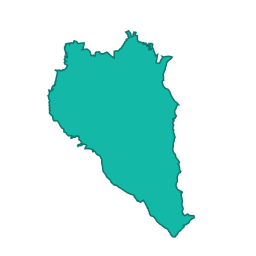 Stoilesti, Vâlcea, Romania, rotated 104°
{"feature_id": "2599482B98117810707628", "entity_name": "Stoilesti", "entity_type": "district", "adm_level": 2, "iso_a3": "ROU", "parent_name": "Romania", "parent_adm1": "Vâlcea", "projection": "mercator", "projection_center": [24.361, 44.917], "detail": "fine", "context": "isolated", "style": "filled", "palette": "teal", "viewbox_px": 256, "rotation_deg": 104, "n_neighbors": 0, "source": "geoboundaries", "source_scale": "gbopen_adm2", "svg_char_len": 5809}
<svg xmlns="http://www.w3.org/2000/svg" viewBox="0 0 256 256"><g transform="rotate(104 128 128)"><path d="M158.6,155.7L158.8,154.3L160.4,152.8L161.5,151.2L161.5,149.3L162.0,148.3L163.9,146.9L164.7,145.9L168.5,145.0L171.1,143.6L175.9,141.8L178.6,138.3L180.5,137.0L182.4,133.6L182.7,132.6L184.6,131.4L186.6,127.9L186.6,126.5L186.3,125.2L187.9,122.2L188.1,120.8L190.8,113.4L191.6,109.4L191.7,106.5L192.0,105.6L192.3,105.2L193.3,105.3L194.1,103.8L196.6,101.3L196.6,100.8L195.9,100.3L196.8,99.3L196.7,98.7L196.9,97.7L194.3,95.6L195.7,94.4L196.2,93.4L198.0,92.3L199.1,91.0L201.1,89.7L201.2,89.4L201.0,88.9L203.2,88.1L204.5,86.7L205.8,86.5L207.4,85.0L207.7,83.8L207.5,83.4L208.1,81.0L208.9,80.3L209.8,78.9L210.9,78.3L212.0,76.7L213.7,73.4L214.1,71.7L214.8,70.8L214.8,70.2L215.9,68.4L216.2,66.1L216.5,65.1L218.2,63.5L219.8,61.5L220.9,60.9L222.5,58.7L222.7,57.9L222.2,55.8L220.3,55.3L219.1,54.3L218.5,54.4L216.3,53.6L214.5,52.1L212.1,51.1L211.0,49.9L209.4,49.7L209.1,50.4L207.8,48.5L205.9,46.6L205.0,45.9L203.7,46.0L201.6,44.6L200.4,43.8L200.0,43.0L199.0,42.0L197.2,42.9L198.2,47.8L197.3,48.2L197.1,49.6L199.3,51.5L198.8,53.0L198.4,53.2L198.4,54.0L197.9,53.9L195.9,55.2L193.4,54.9L192.1,55.3L191.9,55.9L191.1,56.1L189.6,57.3L185.9,57.4L180.4,60.1L178.1,60.6L177.7,60.4L177.6,59.7L177.2,59.7L176.8,60.4L177.0,61.0L176.7,61.2L177.0,61.8L176.5,61.8L175.5,65.3L172.6,67.5L171.6,67.5L170.4,67.9L168.1,67.1L163.5,68.5L160.9,68.2L159.1,67.5L158.6,66.5L157.4,66.3L156.3,67.8L153.8,68.5L151.2,69.9L150.8,70.8L149.3,69.8L148.6,69.9L146.6,72.2L145.5,73.9L143.5,75.2L142.3,75.6L141.4,77.3L139.3,78.8L137.1,79.7L135.2,79.6L131.6,80.3L130.5,80.4L129.4,80.0L127.4,80.6L125.9,80.0L125.0,80.4L124.6,80.9L123.5,81.2L121.3,82.9L118.6,83.3L118.1,84.2L116.4,84.6L114.1,84.4L112.8,85.7L112.1,85.6L111.8,85.9L110.0,85.1L109.0,85.3L109.1,86.5L108.5,86.4L108.3,86.8L107.6,86.2L107.4,84.8L104.8,84.1L104.2,84.1L104.1,84.8L103.4,85.6L100.8,86.7L99.1,86.8L97.8,86.2L96.0,86.2L93.5,85.5L93.2,84.4L91.5,87.0L90.7,89.2L86.2,93.9L82.6,96.3L80.8,98.6L80.5,101.5L79.2,103.3L77.8,104.7L74.7,106.1L73.9,106.0L73.1,104.9L72.2,105.4L69.7,105.9L67.6,107.0L62.3,106.1L59.8,106.4L58.1,106.0L55.5,106.3L53.2,105.3L50.0,102.8L48.5,102.3L48.4,105.3L49.5,108.7L50.6,110.4L50.3,112.2L51.2,111.4L54.1,112.5L57.7,113.1L58.0,116.5L49.6,117.1L51.3,118.6L42.9,124.3L40.8,124.2L40.3,125.6L41.0,128.1L41.4,128.0L42.5,126.8L45.1,125.9L45.4,125.1L45.7,125.2L45.4,124.6L46.0,124.6L46.2,125.1L46.4,125.0L46.3,125.6L45.9,125.8L46.5,126.5L47.3,126.0L46.9,126.6L47.0,126.9L46.5,127.0L45.6,126.5L45.0,126.5L44.2,127.3L42.4,128.1L42.4,129.1L43.9,128.6L44.2,129.3L42.2,130.2L42.3,130.5L42.9,130.5L42.6,131.0L41.5,131.0L41.5,131.6L42.0,132.0L41.9,132.8L42.8,132.7L42.9,132.9L42.9,133.7L41.4,133.6L41.8,135.1L41.6,137.5L42.0,138.3L41.8,139.1L40.7,139.5L39.7,140.5L38.6,140.5L36.2,141.3L36.2,143.4L34.9,143.8L33.7,143.2L33.3,143.4L33.5,145.4L36.3,145.7L37.4,145.0L38.6,147.0L35.8,148.2L33.5,151.0L35.0,152.4L35.5,153.4L35.9,153.0L36.1,152.2L36.9,151.7L37.6,150.2L38.2,150.0L38.3,150.3L38.8,150.3L39.5,149.6L40.0,148.5L42.5,151.1L43.4,150.4L44.8,151.8L46.9,152.0L47.4,152.5L48.7,152.6L50.2,153.4L51.6,153.6L51.8,153.9L52.6,154.1L53.1,154.8L54.9,155.7L55.9,156.7L56.0,158.2L56.9,159.9L63.5,158.4L61.9,162.5L60.9,164.2L61.1,164.6L60.1,165.4L59.5,166.8L62.5,170.7L62.2,171.2L62.5,171.9L62.4,172.9L61.4,173.6L61.0,174.3L62.0,176.5L61.8,176.7L62.6,177.8L65.9,177.4L66.5,177.7L65.7,178.8L66.7,181.2L62.7,183.7L61.4,186.5L61.6,188.0L62.4,189.6L63.0,191.3L62.0,190.7L60.2,191.0L57.8,190.8L56.0,191.2L58.2,197.0L56.7,198.6L56.4,201.3L57.3,201.5L58.2,201.2L58.8,201.5L59.1,203.7L59.8,204.5L61.0,204.9L59.9,205.3L61.3,208.6L62.1,208.6L62.2,208.2L62.7,208.3L62.8,208.8L64.7,208.5L64.8,209.1L67.0,208.6L67.7,207.7L69.2,207.3L69.5,206.3L69.9,206.4L70.0,206.0L70.2,206.6L71.5,206.4L71.8,205.0L73.3,204.1L74.4,204.1L74.4,204.8L73.7,205.0L73.3,205.8L73.4,206.5L74.2,206.4L74.4,205.8L74.7,205.7L75.5,206.1L76.9,205.8L77.0,206.2L77.7,205.5L77.7,205.0L78.6,205.1L78.6,204.7L79.1,205.5L79.9,205.7L81.2,204.8L81.5,203.0L81.7,202.8L81.9,201.8L85.4,202.7L87.4,204.5L87.2,205.0L87.6,205.4L87.6,205.8L88.6,206.0L88.8,207.4L88.5,207.6L88.4,208.7L88.9,208.8L89.4,212.4L89.7,212.4L89.8,210.8L91.3,209.9L98.1,209.7L100.1,209.3L100.2,209.8L100.6,209.8L102.4,209.7L102.5,209.5L103.4,209.6L103.5,209.3L103.9,209.8L104.4,209.6L104.4,210.2L105.1,210.2L105.3,210.5L105.2,210.9L106.6,211.5L108.7,211.5L108.8,211.0L109.3,211.0L108.7,210.2L109.5,210.4L109.9,211.7L110.4,211.9L111.1,211.7L111.5,212.7L110.5,213.5L110.3,213.9L110.6,214.0L111.8,213.1L114.6,212.5L115.9,213.3L115.9,212.8L117.3,212.7L118.9,211.7L119.3,211.7L120.0,210.6L121.1,210.4L121.5,210.9L122.3,210.8L124.2,209.8L125.2,210.0L125.5,209.3L127.5,209.2L127.6,208.6L129.1,208.8L129.9,208.4L129.9,207.9L130.4,208.1L132.7,207.8L133.1,206.8L133.8,206.1L134.8,204.1L137.9,202.8L139.0,201.5L138.6,200.2L138.2,200.0L138.4,199.5L138.1,198.3L140.1,196.0L142.3,194.2L143.9,192.3L144.2,191.8L144.2,190.9L144.7,190.0L147.4,189.1L147.5,187.0L148.0,186.4L148.7,186.2L150.0,183.6L149.3,181.9L149.0,180.4L149.3,179.8L150.8,181.1L151.2,181.0L151.1,180.5L151.6,180.5L151.3,179.8L150.0,178.7L149.9,177.3L149.8,177.1L148.8,177.2L149.0,176.7L148.5,176.1L147.8,176.3L148.4,175.7L147.9,175.3L148.0,174.8L148.3,174.5L147.4,174.1L148.2,174.1L148.2,173.9L148.6,173.7L148.7,173.1L151.1,172.8L152.1,170.7L153.7,169.2L155.6,170.8L155.9,171.7L156.4,172.3L156.8,172.5L157.1,172.0L157.6,172.4L157.9,172.0L156.6,170.8L156.7,169.9L156.3,169.6L156.3,169.2L155.5,168.6L155.3,167.9L154.6,167.8L154.3,167.1L154.5,166.1L154.2,164.8L154.9,164.0L155.4,163.9L156.4,164.4L158.5,164.8L157.8,162.6L157.8,161.5L157.4,161.3L157.3,160.1L157.5,159.4L157.3,159.0L157.7,158.1L157.6,156.8L157.9,156.4L159.0,156.7L159.5,156.5L159.5,156.0L158.6,155.7Z" fill="#14b8a6" stroke="#0f766e" stroke-width="1.5"/></g></svg>